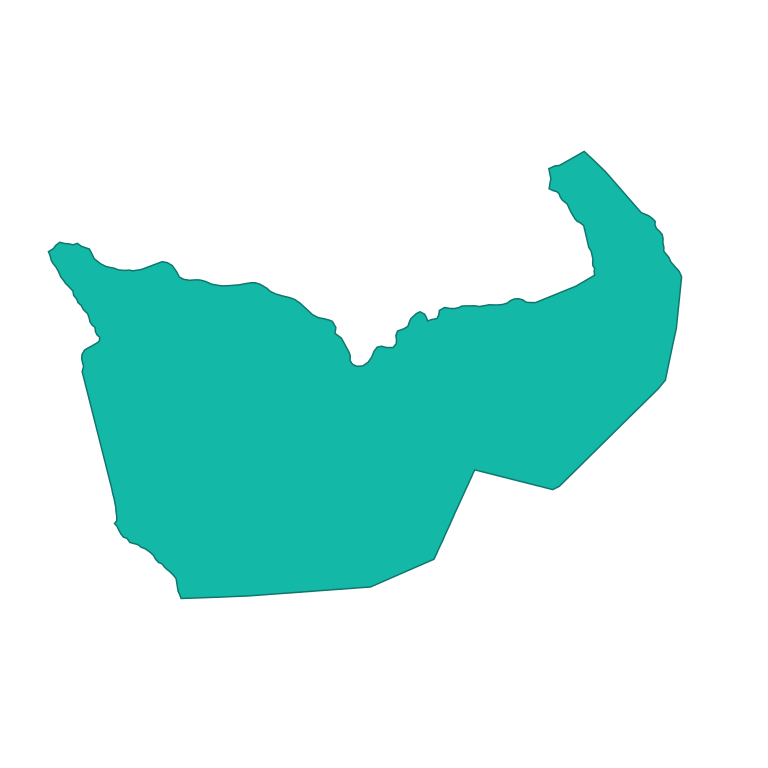 the district of Tabocas do Brejo Velho, Bahia, Brazil, rotated 261°
{"feature_id": "56859067B87855923049420", "entity_name": "Tabocas do Brejo Velho", "entity_type": "district", "adm_level": 2, "iso_a3": "BRA", "parent_name": "Brazil", "parent_adm1": "Bahia", "projection": "robinson", "projection_center": [-44.092, -12.505], "detail": "fine", "context": "isolated", "style": "filled", "palette": "teal", "viewbox_px": 768, "rotation_deg": 261, "n_neighbors": 0, "source": "geoboundaries", "source_scale": "gbopen_adm2", "svg_char_len": 3406}
<svg xmlns="http://www.w3.org/2000/svg" viewBox="0 0 768 768"><g transform="rotate(261 384 384)"><path d="M343.8,662.5L377.3,675.2L393.1,681.4L443.2,694.7L449.0,693.2L459.5,686.5L464.6,685.1L468.0,683.1L471.4,681.1L475.2,681.8L480.1,681.6L484.2,682.4L488.0,682.1L491.2,680.4L495.0,677.4L499.0,676.5L502.2,677.3L505.5,675.0L509.1,671.3L510.8,668.5L513.0,664.9L516.7,662.5L559.0,636.0L572.2,626.1L582.4,618.1L576.4,602.1L574.5,597.1L572.4,591.3L572.7,587.0L570.9,580.5L565.6,580.7L560.8,580.9L555.5,579.1L551.0,577.6L548.4,581.5L547.1,584.5L544.7,586.6L541.3,587.3L538.3,588.5L535.9,590.5L533.2,593.1L528.3,594.4L524.7,595.5L521.1,596.9L517.4,598.4L514.6,600.1L512.7,602.8L509.3,606.0L495.0,607.1L486.9,607.6L482.8,609.4L478.8,609.6L474.8,609.9L471.4,609.1L468.3,608.8L465.2,610.1L462.2,609.1L458.5,609.1L450.6,588.8L440.7,546.4L441.5,541.7L442.4,537.5L445.4,534.2L447.1,530.5L447.6,526.1L446.6,522.0L444.6,518.3L444.0,513.6L444.2,509.4L444.9,504.9L445.8,500.3L445.7,496.7L445.6,490.4L447.0,486.0L448.0,479.3L448.8,473.4L447.7,469.3L447.5,465.3L448.3,461.0L450.1,455.9L448.0,450.2L443.5,448.8L440.4,446.6L440.2,441.2L439.5,436.9L442.7,436.4L446.6,435.0L449.7,430.9L448.5,427.0L446.6,424.1L444.2,420.6L440.2,418.1L437.2,416.6L435.4,412.1L434.2,405.7L430.1,403.3L425.9,403.3L421.9,402.4L418.6,398.7L419.6,392.2L421.7,387.4L421.5,383.1L417.8,379.2L412.8,376.3L408.1,371.9L405.1,365.8L405.8,359.8L408.3,356.0L412.5,354.2L417.4,355.1L420.7,354.5L427.2,352.2L430.4,351.1L436.1,349.0L441.7,343.5L447.3,345.3L453.9,342.8L455.9,339.5L458.1,334.3L459.8,329.5L463.8,324.1L469.9,319.4L476.7,314.0L481.4,309.1L484.0,304.5L486.9,297.5L490.0,290.8L493.7,285.7L496.7,283.5L501.9,277.2L504.1,272.8L504.8,268.7L504.8,263.2L504.6,256.6L505.4,246.1L506.0,240.6L507.1,236.5L509.5,229.5L513.2,223.8L515.6,218.3L516.4,213.9L516.8,208.4L518.7,202.5L521.7,198.6L527.6,196.6L534.2,193.3L537.8,188.9L539.5,184.0L537.8,175.6L535.8,166.0L535.0,161.6L535.1,153.6L536.3,150.3L536.7,145.8L538.2,139.6L540.5,135.8L543.3,128.2L547.0,123.0L553.1,117.4L560.0,115.3L563.4,114.1L565.2,110.7L567.4,106.6L570.9,103.1L570.1,98.8L571.6,95.0L572.6,90.9L574.7,86.0L572.5,81.8L569.4,78.6L567.2,73.3L563.3,74.2L558.1,74.7L554.7,76.0L551.2,78.1L546.0,80.1L540.3,81.5L536.6,83.6L532.9,85.4L530.2,87.4L527.1,89.5L524.5,91.3L520.1,91.3L516.0,93.7L512.1,94.6L508.9,97.3L504.5,98.7L499.7,102.3L495.3,103.1L491.4,103.3L488.0,104.9L485.1,107.4L480.8,107.2L477.5,108.2L474.6,110.5L470.8,109.5L469.1,106.1L467.2,101.1L465.9,97.3L464.3,93.5L460.5,90.4L456.4,89.4L452.9,89.5L448.3,90.0L443.5,87.8L322.8,98.8L318.3,98.9L313.1,99.5L308.5,99.6L303.8,99.8L300.6,99.4L295.3,99.3L290.9,98.7L288.3,96.0L285.0,98.1L280.7,99.4L276.8,100.8L273.6,102.6L271.7,106.1L267.3,108.2L265.3,112.5L263.9,115.8L260.7,118.7L258.7,122.2L256.3,124.8L253.8,127.2L250.6,129.6L246.8,130.9L243.1,133.3L240.9,136.8L237.8,138.4L235.1,140.4L232.4,142.9L228.2,146.0L224.4,148.2L219.9,148.2L215.3,148.2L211.5,148.2L207.9,149.3L203.9,150.0L198.7,192.4L197.6,202.5L196.0,215.7L186.2,332.4L185.6,338.7L203.1,405.9L207.8,409.2L210.7,411.0L215.4,414.1L219.9,417.3L223.1,419.3L225.7,420.9L229.1,423.2L234.0,426.5L238.8,429.6L242.8,432.2L245.4,433.8L249.1,436.3L253.4,439.2L259.0,442.9L262.9,445.5L266.7,448.0L272.2,451.7L275.6,453.9L278.2,455.7L281.9,458.0L285.0,460.2L253.3,534.2L255.5,541.1L257.9,544.5L312.1,620.1L336.0,653.6L343.8,662.5Z" fill="#14b8a6" stroke="#0f766e" stroke-width="1.5"/></g></svg>